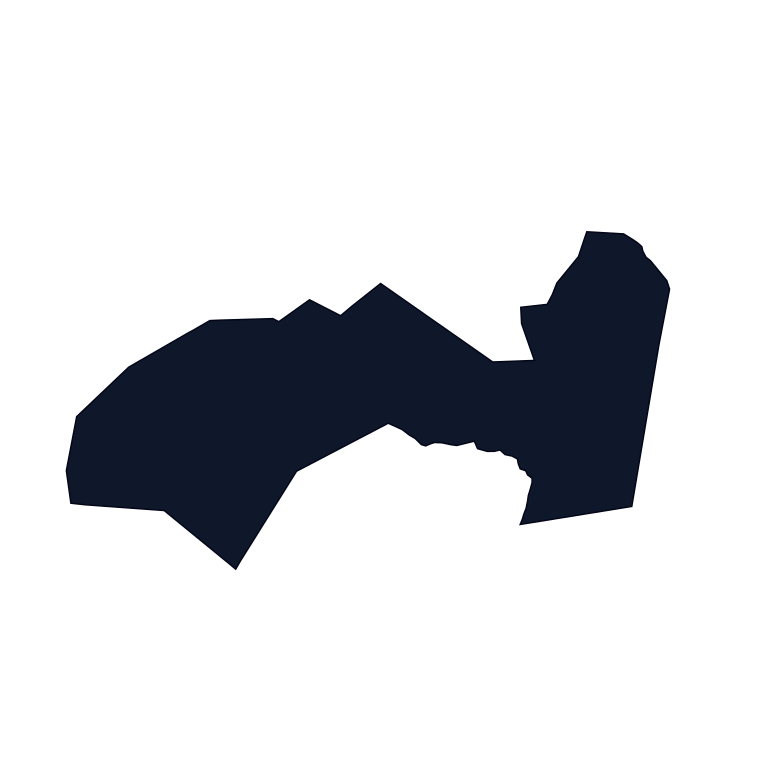 outline of Santa Cruz do Piauí, Piauí, Brazil, rotated 291°
{"feature_id": "56859067B17419756399770", "entity_name": "Santa Cruz do Piauí", "entity_type": "district", "adm_level": 2, "iso_a3": "BRA", "parent_name": "Brazil", "parent_adm1": "Piauí", "projection": "mercator", "projection_center": [-41.758, -7.235], "detail": "fine", "context": "isolated", "style": "filled", "palette": "ink", "viewbox_px": 768, "rotation_deg": 291, "n_neighbors": 0, "source": "geoboundaries", "source_scale": "gbopen_adm2", "svg_char_len": 1083}
<svg xmlns="http://www.w3.org/2000/svg" viewBox="0 0 768 768"><g transform="rotate(291 384 384)"><path d="M504.6,484.2L489.7,490.8L459.9,516.0L443.5,477.6L476.6,344.8L445.5,326.4L432.2,319.0L435.9,284.3L404.5,263.5L405.2,256.8L384.9,208.2L380.8,198.7L364.9,185.8L361.7,183.0L308.3,139.7L243.4,108.8L189.3,118.5L160.5,134.4L164.1,148.1L187.1,224.1L163.9,294.3L161.6,301.3L158.0,311.9L167.5,313.4L271.2,333.6L348.9,402.0L348.0,417.2L345.5,425.6L344.3,432.7L340.8,440.6L341.2,445.1L344.8,448.8L347.5,452.1L349.9,459.2L351.3,468.1L352.7,474.0L363.0,488.8L357.2,494.5L357.7,500.3L358.1,504.6L360.8,511.3L364.0,516.0L361.5,522.3L362.6,529.2L361.9,535.3L357.5,538.1L353.6,541.6L353.8,547.3L350.5,550.8L349.1,556.0L345.0,557.6L338.0,558.3L331.8,558.7L326.1,560.0L318.9,561.2L312.6,561.2L307.4,561.6L301.7,561.5L358.5,659.2L519.2,626.6L574.9,616.6L581.8,611.0L594.5,588.7L596.3,583.1L600.8,578.0L604.6,575.5L606.4,570.9L607.8,565.4L610.0,553.9L598.8,518.8L590.2,519.1L572.6,519.9L540.2,509.2L527.6,509.1L516.8,507.8L504.6,484.2Z" fill="#0f172a" stroke="#020617" stroke-width="1.5"/></g></svg>